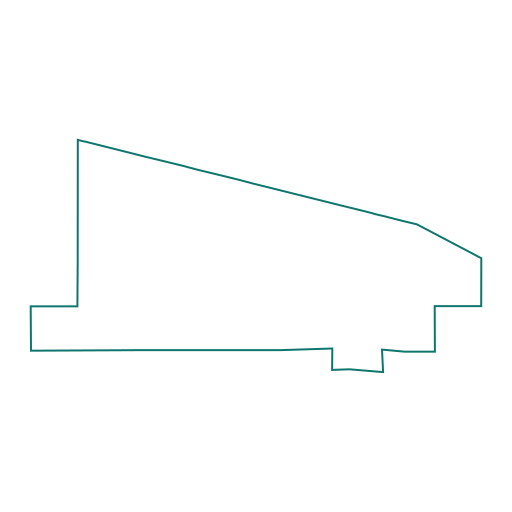 Vilas, Wisconsin, United States of America (Equal Earth projection)
{"feature_id": "52423323B83029835458818", "entity_name": "Vilas", "entity_type": "district", "adm_level": 2, "iso_a3": "USA", "parent_name": "United States of America", "parent_adm1": "Wisconsin", "projection": "equal_earth", "projection_center": [-89.368, 46.078], "detail": "fine", "context": "isolated", "style": "outline", "palette": "teal", "viewbox_px": 512, "rotation_deg": 0, "n_neighbors": 0, "source": "geoboundaries", "source_scale": "gbopen_adm2", "svg_char_len": 599}
<svg xmlns="http://www.w3.org/2000/svg" viewBox="0 0 512 512"><path d="M434.9,351.7L434.7,306.1L481.2,306.1L481.3,258.2L477.0,256.0L474.8,254.8L457.7,245.8L416.8,224.3L403.3,221.1L388.4,217.3L386.3,216.7L375.1,214.1L372.4,213.3L371.6,213.0L370.6,212.8L365.6,211.5L364.8,211.3L341.9,205.7L253.2,183.6L237.7,179.5L195.4,169.2L183.6,166.0L144.4,156.5L86.3,141.9L85.6,141.7L82.0,141.0L77.8,139.9L77.7,260.5L77.4,306.3L30.7,306.3L31.0,350.7L147.1,350.1L281.6,350.1L332.3,348.5L332.1,369.9L349.5,369.3L383.1,372.1L382.0,349.6L404.9,351.7L434.9,351.7Z" fill="none" stroke="#0f766e" stroke-width="2"/></svg>